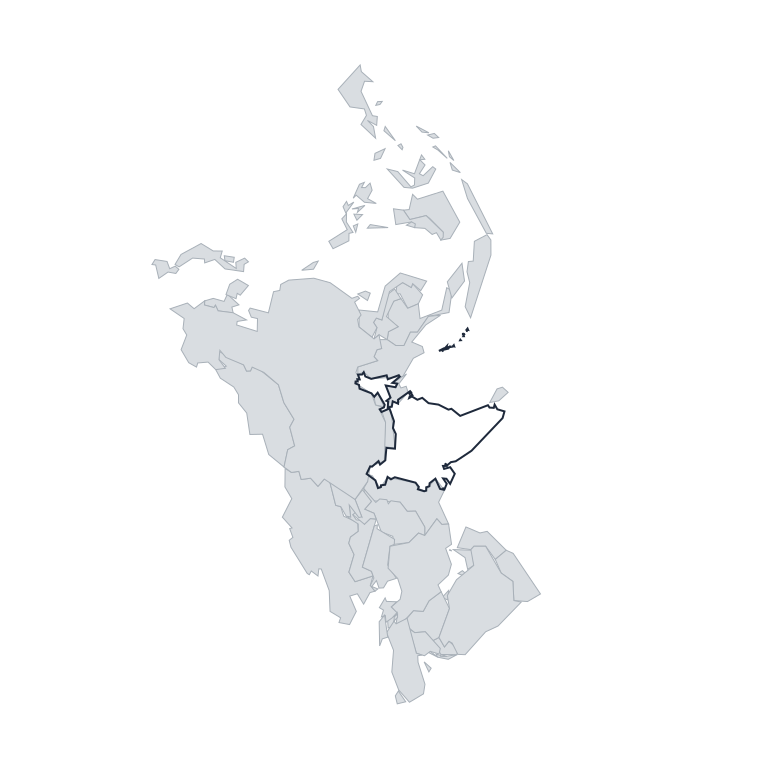 where India sits in Asia, rotated 243°
{"feature_id": "IND", "entity_name": "India", "entity_type": "country or territory", "adm_level": 0, "iso_a3": "IND", "parent_name": "Asia", "parent_adm1": "", "projection": "albers", "projection_center": [83.514, 21.122], "detail": "medium", "context": "in_parent", "style": "outline", "palette": "slate", "viewbox_px": 768, "rotation_deg": 243, "n_neighbors": 45, "source": "natural_earth", "source_scale": "50m", "svg_char_len": 14362}
<svg xmlns="http://www.w3.org/2000/svg" viewBox="0 0 768 768"><g transform="rotate(243 384 384)"><path d="M353.7,257.6L347.2,261.4L344.8,268.5L336.5,266.9L333.4,275.8L322.8,278.7L326.4,287.6L323.7,291.8L297.8,285.9L294.4,289.8L284.5,288.1L272.6,297.6L264.4,294.2L262.8,284.6L258.1,280.3L245.6,279.9L232.3,267.3L221.0,268.5L218.0,287.1L210.8,280.4L203.5,281.9L204.5,276.8L197.1,265.9L209.2,265.0L210.6,257.2L194.0,256.1L185.3,244.1L191.9,235.6L195.4,239.2L205.9,232.7L224.8,241.4L247.6,244.1L248.9,242.0L242.9,238.0L250.4,234.3L248.0,230.9L250.0,229.6L280.8,227.0L287.8,228.6L288.7,233.2L298.0,234.3L297.5,236.7L311.5,233.0L323.7,249.8L337.3,249.0L353.7,257.6Z" fill="#d9dde1" stroke="#a8b0b8" stroke-width="1"/><path d="M218.0,287.1L221.0,268.5L232.3,267.3L245.6,279.9L258.1,280.3L262.8,284.6L264.4,294.2L270.9,297.5L283.4,290.3L280.7,293.9L292.0,298.1L286.1,301.5L281.0,300.7L281.6,296.9L275.6,297.6L271.6,303.5L267.9,302.9L270.3,310.7L267.2,315.8L230.6,281.6L222.8,287.8L218.0,287.1Z" fill="#d9dde1" stroke="#a8b0b8" stroke-width="1"/><path d="M667.4,476.8L679.1,507.6L672.6,505.6L658.4,511.3L662.6,504.1L655.2,496.4L628.3,495.5L625.4,499.5L617.8,494.9L626.4,488.9L618.2,491.5L606.8,488.1L625.7,481.3L631.3,490.3L638.0,491.4L646.3,479.5L667.4,476.8ZM586.0,535.9L584.4,542.6L578.8,544.6L580.7,539.3L586.0,535.9ZM636.6,510.7L634.9,507.3L636.0,503.2L638.5,506.5L636.6,510.7ZM530.1,480.2L528.0,485.6L540.0,495.6L533.5,497.7L529.1,524.0L493.8,525.0L483.7,509.0L486.4,500.0L492.3,505.7L510.5,500.0L514.9,498.0L518.8,481.7L530.1,480.2ZM595.6,504.6L609.7,498.9L612.9,502.0L595.6,504.6ZM590.3,508.2L586.2,508.3L584.5,506.5L590.2,504.7L590.3,508.2ZM587.9,476.6L593.6,480.7L593.2,491.8L586.6,483.3L587.9,476.6ZM550.1,491.1L574.1,484.5L567.0,492.7L547.4,497.5L547.5,501.5L553.6,504.9L566.2,497.6L557.5,506.6L571.1,521.4L565.7,522.4L567.5,517.7L560.5,520.0L555.3,511.0L551.8,513.4L555.5,526.1L552.0,527.7L542.9,514.7L545.5,498.4L550.1,491.1ZM562.6,547.2L551.4,547.7L556.8,545.5L562.6,547.2ZM556.3,542.8L568.1,538.2L573.0,535.1L572.8,538.0L556.3,542.8ZM543.6,542.0L551.5,543.4L537.7,548.0L543.6,542.0ZM471.8,543.6L511.3,542.6L530.9,546.0L524.5,549.2L468.4,549.0L471.8,543.6ZM453.0,519.3L470.1,529.3L470.3,543.6L463.8,544.6L450.3,537.8L403.7,491.2L416.0,491.4L435.4,506.4L446.3,508.9L454.8,514.8L453.0,519.3Z" fill="#d9dde1" stroke="#a8b0b8" stroke-width="1"/><path d="M587.4,538.1L591.2,532.2L599.2,529.8L587.4,538.1Z" fill="#d9dde1" stroke="#a8b0b8" stroke-width="1"/><path d="M119.8,307.7L113.8,313.9L109.7,326.2L109.5,316.3L116.3,307.7L119.8,307.7Z" fill="#d9dde1" stroke="#a8b0b8" stroke-width="1"/><path d="M124.8,303.9L116.4,307.7L124.6,301.7L124.8,303.9Z" fill="#d9dde1" stroke="#a8b0b8" stroke-width="1"/><path d="M117.2,311.9L112.7,316.5L115.8,310.7L117.2,311.9Z" fill="#d9dde1" stroke="#a8b0b8" stroke-width="1"/><path d="M117.2,311.9L133.2,311.0L133.2,317.9L122.3,318.5L125.3,325.1L114.4,329.4L109.7,326.2L117.2,311.9Z" fill="#d9dde1" stroke="#a8b0b8" stroke-width="1"/><path d="M180.9,374.4L192.5,377.4L205.0,370.6L195.8,387.2L181.6,381.6L180.9,374.4Z" fill="#d9dde1" stroke="#a8b0b8" stroke-width="1"/><path d="M177.7,370.9L178.2,366.8L181.5,363.9L182.1,369.1L177.7,370.9Z" fill="#d9dde1" stroke="#a8b0b8" stroke-width="1"/><path d="M167.3,338.5L170.7,347.8L162.7,342.9L167.3,338.5Z" fill="#d9dde1" stroke="#a8b0b8" stroke-width="1"/><path d="M133.2,317.9L133.2,311.0L144.5,308.3L148.5,298.5L156.4,294.9L164.8,298.2L168.7,307.4L163.6,315.7L170.4,325.7L173.0,340.6L154.2,340.4L133.2,317.9Z" fill="#d9dde1" stroke="#a8b0b8" stroke-width="1"/><path d="M197.0,386.2L204.9,375.0L219.4,392.1L207.7,401.9L205.9,409.0L180.4,417.4L177.2,403.5L193.3,400.9L198.6,390.5L197.0,386.2ZM206.6,367.5L204.4,368.6L206.1,366.9L206.6,367.5Z" fill="#d9dde1" stroke="#a8b0b8" stroke-width="1"/><path d="M439.9,451.0L440.7,439.5L457.0,439.3L458.9,435.2L465.6,440.0L465.9,446.7L457.6,452.1L460.4,455.1L445.9,458.9L439.9,451.0Z" fill="#d9dde1" stroke="#a8b0b8" stroke-width="1"/><path d="M452.4,437.8L440.7,439.5L439.9,451.0L426.0,445.8L423.6,469.0L441.3,483.6L436.2,487.0L418.2,474.4L424.1,454.3L415.0,437.3L418.2,431.1L409.2,419.3L413.0,411.9L422.1,407.0L428.6,411.7L428.6,422.6L439.1,416.9L447.5,420.8L453.4,430.4L452.4,437.8Z" fill="#d9dde1" stroke="#a8b0b8" stroke-width="1"/><path d="M463.8,436.6L452.4,437.8L453.4,430.4L443.0,416.8L428.6,422.6L428.6,411.7L422.1,407.0L430.1,401.9L428.7,395.6L437.4,403.3L443.6,402.6L446.2,407.1L442.0,411.2L462.1,427.3L463.8,436.6Z" fill="#d9dde1" stroke="#a8b0b8" stroke-width="1"/><path d="M422.1,407.0L413.0,411.9L409.2,419.3L418.2,431.1L415.0,437.3L424.1,454.3L419.6,465.6L417.7,448.1L408.8,427.8L400.0,435.2L393.7,433.9L393.6,421.8L382.2,404.2L394.4,375.0L403.9,371.4L404.2,364.9L411.1,368.4L407.7,388.9L412.8,387.5L417.7,393.3L416.7,398.0L426.4,398.5L422.1,407.0Z" fill="#d9dde1" stroke="#a8b0b8" stroke-width="1"/><path d="M450.5,459.1L460.4,455.1L457.6,452.1L465.9,446.7L463.9,430.9L442.0,411.2L446.2,407.1L443.6,402.6L437.4,403.3L431.1,394.5L446.2,387.6L461.1,395.6L451.1,411.1L470.7,429.5L475.5,448.9L456.3,468.7L450.5,459.1Z" fill="#d9dde1" stroke="#a8b0b8" stroke-width="1"/><path d="M539.5,262.0L537.8,270.7L530.2,279.0L535.1,285.2L520.4,290.7L521.6,283.4L516.0,281.9L518.7,277.7L524.5,269.4L530.7,269.6L529.3,267.2L535.9,259.9L539.5,262.0Z" fill="#d9dde1" stroke="#a8b0b8" stroke-width="1"/><path d="M527.2,290.9L535.4,283.8L542.9,291.8L543.8,301.1L533.3,307.9L528.4,296.2L531.4,294.4L527.2,290.9Z" fill="#d9dde1" stroke="#a8b0b8" stroke-width="1"/><path d="M355.4,257.2L373.5,249.3L394.4,253.0L399.9,241.6L420.4,248.5L433.3,245.8L440.5,249.5L449.5,248.8L463.5,240.8L473.2,240.6L471.5,251.6L480.6,248.0L488.7,251.3L464.8,267.6L457.9,267.4L456.3,271.0L458.9,274.2L453.6,279.6L431.2,289.6L412.8,286.3L393.4,287.8L388.3,280.4L369.4,276.3L369.2,268.4L355.4,257.2Z" fill="#d9dde1" stroke="#a8b0b8" stroke-width="1"/><path d="M380.8,392.3L382.8,408.7L377.4,397.3L372.8,397.3L371.9,402.7L365.6,401.7L360.4,388.3L364.5,384.0L360.9,381.2L362.5,377.4L369.3,383.7L381.5,384.7L375.9,393.2L378.8,396.0L380.8,392.3Z" fill="#d9dde1" stroke="#a8b0b8" stroke-width="1"/><path d="M377.4,369.4L379.3,374.5L363.7,373.7L369.1,366.9L377.4,369.4Z" fill="#d9dde1" stroke="#a8b0b8" stroke-width="1"/><path d="M360.1,369.5L360.0,377.6L356.0,377.8L321.5,364.6L328.5,355.7L349.0,367.9L360.1,369.5Z" fill="#d9dde1" stroke="#a8b0b8" stroke-width="1"/><path d="M312.0,327.7L307.4,332.0L292.9,333.1L299.3,344.6L281.3,367.6L275.8,366.7L270.0,372.1L276.3,387.0L261.8,389.5L253.9,379.0L229.9,378.0L232.6,371.8L239.9,369.9L230.5,351.5L238.1,355.4L256.4,354.4L260.0,346.9L271.4,344.7L285.0,320.8L300.2,318.4L304.6,325.2L312.0,327.7Z" fill="#d9dde1" stroke="#a8b0b8" stroke-width="1"/><path d="M253.4,314.5L273.4,316.4L281.2,309.9L285.1,319.5L291.8,315.9L300.2,318.4L282.2,322.9L283.5,328.0L279.6,334.0L275.3,333.5L276.8,337.2L271.4,344.7L260.0,346.9L256.4,354.4L238.1,355.4L230.5,351.5L235.5,347.1L231.4,334.2L236.5,320.3L244.3,322.7L253.4,314.5Z" fill="#d9dde1" stroke="#a8b0b8" stroke-width="1"/><path d="M267.2,315.8L270.3,310.7L267.9,302.9L281.6,296.9L282.8,300.7L275.7,303.9L294.3,305.8L299.5,316.8L285.1,319.5L281.2,309.9L273.4,316.4L267.2,315.8Z" fill="#d9dde1" stroke="#a8b0b8" stroke-width="1"/><path d="M283.4,290.3L294.4,289.8L297.8,285.9L323.7,291.8L294.3,305.8L275.7,303.9L276.4,301.0L292.0,298.1L280.7,293.9L283.4,290.3Z" fill="#d9dde1" stroke="#a8b0b8" stroke-width="1"/><path d="M203.5,281.9L210.8,280.4L215.7,286.9L222.8,287.8L230.6,281.6L261.9,310.9L261.5,314.1L258.2,312.1L240.8,322.9L236.5,320.3L236.7,315.7L221.1,305.1L205.2,306.8L206.7,297.6L202.6,291.0L204.4,286.9L212.3,288.0L209.1,281.2L204.2,285.5L203.5,281.9Z" fill="#d9dde1" stroke="#a8b0b8" stroke-width="1"/><path d="M173.0,340.6L170.4,325.7L163.6,315.7L168.7,307.4L163.5,293.5L164.8,285.9L172.8,291.6L182.1,289.2L184.8,300.6L191.2,305.8L204.5,307.9L218.0,304.0L236.7,315.7L231.4,334.2L235.5,347.1L230.5,351.5L239.9,369.9L232.6,371.8L229.9,378.0L210.5,371.4L209.6,364.3L192.8,362.2L184.5,354.6L180.5,340.9L173.0,340.6Z" fill="#d9dde1" stroke="#a8b0b8" stroke-width="1"/><path d="M118.4,310.5L124.8,303.9L123.5,296.7L129.4,290.6L154.3,295.3L148.5,298.5L144.5,308.3L122.8,314.1L118.4,310.5Z" fill="#d9dde1" stroke="#a8b0b8" stroke-width="1"/><path d="M174.4,291.8L164.0,281.2L164.7,276.9L172.8,280.4L174.4,291.8Z" fill="#d9dde1" stroke="#a8b0b8" stroke-width="1"/><path d="M164.8,298.2L129.4,290.6L125.2,294.9L126.6,290.7L120.6,288.0L97.9,284.2L90.0,278.5L88.9,262.2L104.8,258.2L123.8,260.2L142.4,271.6L161.3,273.4L168.1,285.2L164.8,285.9L164.8,298.2ZM93.0,250.6L101.0,252.5L103.9,257.4L91.0,259.1L93.0,250.6Z" fill="#d9dde1" stroke="#a8b0b8" stroke-width="1"/><path d="M328.3,482.5L327.4,488.1L320.2,490.8L316.9,478.6L319.5,469.8L328.3,482.5Z" fill="#d9dde1" stroke="#a8b0b8" stroke-width="1"/><path d="M471.2,413.0L465.9,407.2L476.1,401.5L475.2,409.6L471.2,413.0ZM294.3,305.8L326.4,287.6L322.8,278.7L333.4,275.8L336.5,266.9L344.8,268.5L347.2,261.4L355.4,257.2L369.2,268.4L369.4,276.3L388.3,280.4L393.4,287.8L412.8,286.3L431.2,289.6L448.9,282.2L458.9,274.2L456.3,271.0L457.9,267.4L464.8,267.6L479.4,255.2L488.6,253.1L480.6,248.0L470.0,249.8L473.2,240.6L483.4,237.2L487.3,227.6L484.2,224.6L491.6,219.7L506.7,218.8L517.2,230.5L524.5,230.0L533.1,235.7L548.1,227.5L545.4,245.6L537.3,249.0L539.5,262.0L535.9,259.9L529.3,267.2L530.7,269.6L524.5,269.4L516.0,281.9L503.5,290.6L506.4,281.6L503.5,279.5L488.4,294.9L499.7,301.0L503.8,296.1L511.0,296.7L512.4,299.2L499.9,313.3L516.4,327.5L514.7,333.6L519.6,337.2L519.8,346.3L510.1,369.5L498.7,382.0L474.9,394.3L474.1,400.4L471.4,401.1L470.3,395.0L455.9,394.9L453.5,389.8L446.2,387.6L428.7,395.6L430.1,401.9L416.7,398.0L417.7,393.3L412.8,387.5L407.7,388.9L411.1,368.4L407.0,364.2L399.0,364.5L397.9,358.8L381.2,368.5L369.1,366.9L363.5,372.6L363.0,368.3L349.0,367.9L315.4,349.4L316.7,334.2L304.6,325.2L294.3,305.8Z" fill="#d9dde1" stroke="#a8b0b8" stroke-width="1"/><path d="M522.7,362.3L524.4,376.2L523.4,381.2L518.3,373.3L522.7,362.3Z" fill="#d9dde1" stroke="#a8b0b8" stroke-width="1"/><path d="M177.6,275.9L182.8,280.9L186.8,278.3L192.9,287.9L189.2,287.5L184.2,296.4L182.1,289.2L174.4,291.8L171.9,285.1L170.8,277.6L177.1,280.1L177.6,275.9ZM172.8,291.6L170.0,290.2L168.1,285.2L171.9,287.4L172.8,291.6Z" fill="#d9dde1" stroke="#a8b0b8" stroke-width="1"/><path d="M152.6,261.2L174.4,271.8L177.8,279.6L156.7,272.4L157.7,266.8L152.6,261.2Z" fill="#d9dde1" stroke="#a8b0b8" stroke-width="1"/><path d="M538.5,433.3L532.0,427.7L538.8,428.4L538.5,433.3ZM551.8,448.1L549.0,438.2L551.9,441.0L554.5,434.9L551.8,448.1ZM563.5,440.9L573.1,452.8L572.6,458.0L569.2,453.2L567.4,456.6L569.3,462.8L562.1,461.4L556.6,453.5L548.4,459.1L554.8,449.1L564.9,444.9L563.5,440.9ZM532.3,444.1L521.5,458.7L530.4,439.9L532.3,444.1ZM536.2,399.6L538.2,421.3L550.3,421.4L552.7,427.9L545.4,424.0L533.1,425.2L534.1,421.2L527.5,417.7L527.7,400.0L536.2,399.6ZM544.7,441.8L542.2,434.2L549.0,434.3L544.7,441.8ZM560.6,428.0L563.7,433.5L559.3,433.2L559.8,439.7L553.7,427.6L560.6,428.0Z" fill="#d9dde1" stroke="#a8b0b8" stroke-width="1"/><path d="M429.8,483.5L446.3,486.8L456.2,508.3L439.2,502.5L429.8,483.5ZM530.1,480.2L518.8,481.7L514.9,498.0L492.3,505.7L487.9,503.4L486.4,500.0L495.0,499.4L495.4,494.8L504.1,491.1L509.4,482.3L515.9,482.2L520.7,466.9L535.8,472.0L530.1,480.2Z" fill="#d9dde1" stroke="#a8b0b8" stroke-width="1"/><path d="M515.3,476.1L515.9,482.2L512.4,484.6L509.4,482.3L515.3,476.1Z" fill="#d9dde1" stroke="#a8b0b8" stroke-width="1"/><path d="M591.6,262.0L592.2,284.8L580.1,292.2L575.9,300.2L570.8,295.4L554.0,304.8L559.7,307.2L559.4,317.0L554.4,318.7L554.1,313.7L547.9,309.9L558.7,294.6L571.8,289.8L573.3,279.2L576.9,280.7L583.1,270.6L581.4,254.6L585.4,252.1L591.6,262.0ZM593.7,234.6L595.8,231.5L598.8,236.5L591.7,246.3L584.0,245.4L583.8,251.5L579.3,253.3L577.0,248.7L581.8,242.4L580.3,231.3L593.7,234.6ZM560.8,305.1L566.1,298.3L570.8,299.9L564.9,308.1L560.8,305.1Z" fill="#d9dde1" stroke="#a8b0b8" stroke-width="1"/><path d="M177.2,403.5L180.4,417.4L174.4,422.2L125.9,428.1L125.0,413.1L132.1,401.4L149.6,409.2L162.3,402.6L177.2,403.5Z" fill="#d9dde1" stroke="#a8b0b8" stroke-width="1"/><path d="M109.6,327.0L122.2,327.1L125.3,325.1L122.3,318.5L133.2,317.9L154.2,340.4L166.8,344.4L176.7,359.7L181.6,381.6L197.0,386.2L198.6,390.5L193.3,400.9L162.3,402.6L149.6,409.2L132.1,401.4L127.4,407.3L116.6,375.8L117.1,362.1L106.0,333.4L109.6,327.0Z" fill="#d9dde1" stroke="#a8b0b8" stroke-width="1"/><path d="M118.2,293.6L109.4,297.0L107.1,293.3L118.2,293.6Z" fill="#d9dde1" stroke="#a8b0b8" stroke-width="1"/><path d="M262.0,390.0L265.1,386.3L276.3,386.8L274.9,379.6L272.3,378.0L272.8,374.7L269.8,373.2L270.2,371.1L274.8,366.4L276.5,368.3L281.8,367.3L296.0,351.3L295.9,346.9L299.6,345.0L293.7,339.3L295.1,335.3L293.6,334.5L294.0,331.4L302.0,332.6L311.8,327.7L316.9,334.3L315.8,335.8L317.8,344.1L314.0,343.9L315.4,350.5L326.0,357.1L321.4,364.4L334.1,371.8L340.7,372.0L346.3,376.0L359.7,377.8L360.2,369.1L363.4,368.7L363.2,373.3L365.2,375.2L379.1,374.4L377.0,369.5L381.4,368.6L390.9,360.1L394.6,361.3L397.5,358.8L399.1,359.8L398.2,361.7L400.4,362.4L399.2,364.4L404.2,365.1L402.4,368.8L403.7,371.3L399.2,370.8L394.4,374.9L390.5,390.3L386.5,389.5L385.1,401.2L383.4,401.4L381.2,392.0L378.3,396.0L375.9,392.8L381.9,384.9L368.9,383.6L367.9,378.5L366.5,379.7L361.5,376.8L360.2,380.6L364.6,383.9L360.1,387.6L363.6,389.4L365.8,404.0L364.2,404.4L363.6,401.4L363.4,404.0L361.1,404.2L361.4,401.4L360.1,400.1L360.2,403.2L354.8,406.6L354.3,411.8L346.7,415.0L340.9,423.2L331.9,429.8L331.3,432.8L321.0,437.4L317.9,467.0L315.1,467.3L312.9,471.0L315.4,473.2L310.0,473.5L304.9,478.9L299.8,474.2L284.8,431.7L282.6,412.8L284.0,408.1L282.9,403.7L285.5,402.2L282.7,402.3L284.2,399.4L281.1,399.0L279.8,405.2L271.9,406.3L265.0,397.6L271.2,396.6L273.0,393.8L266.6,394.6L262.9,390.3L264.8,388.9L262.0,390.0ZM387.4,459.2L386.3,457.4L388.6,448.0L388.6,453.6L387.4,459.2ZM395.5,483.6L394.0,483.5L394.9,482.3L395.5,483.6ZM386.9,463.8L385.7,463.6L386.5,462.8L386.9,463.8ZM392.1,478.2L392.1,478.9L391.9,478.3L392.1,478.2ZM392.9,477.1L392.7,478.1L392.7,477.0L392.9,477.1ZM394.1,481.4L393.8,482.2L393.6,481.9L394.1,481.4ZM388.7,472.1L388.2,472.2L388.4,471.7L388.7,472.1ZM387.3,459.6L386.8,460.0L387.0,459.4L387.3,459.6ZM388.9,456.3L389.2,457.1L388.6,456.6L388.9,456.3ZM390.8,477.0L390.3,476.9L390.5,476.5L390.8,477.0ZM387.0,451.4L386.9,452.2L386.9,451.4L387.0,451.4Z" fill="none" stroke="#1e293b" stroke-width="2"/></g></svg>